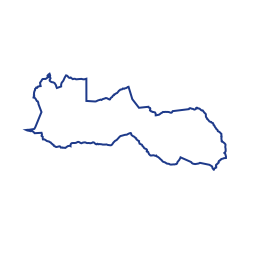 Opatoro, La Paz, Honduras (Mercator projection), rotated 119°
{"feature_id": "27666195B51886309725377", "entity_name": "Opatoro", "entity_type": "district", "adm_level": 2, "iso_a3": "HND", "parent_name": "Honduras", "parent_adm1": "La Paz", "projection": "mercator", "projection_center": [-87.876, 14.039], "detail": "fine", "context": "isolated", "style": "outline", "palette": "blue", "viewbox_px": 256, "rotation_deg": 119, "n_neighbors": 0, "source": "geoboundaries", "source_scale": "gbopen_adm2", "svg_char_len": 5852}
<svg xmlns="http://www.w3.org/2000/svg" viewBox="0 0 256 256"><g transform="rotate(119 128 128)"><path d="M81.4,63.2L80.8,64.7L80.4,65.2L79.8,65.7L78.5,66.4L77.9,67.1L77.6,68.6L76.4,71.2L76.5,71.5L76.8,71.7L76.9,72.0L76.9,72.7L76.4,74.8L76.6,75.5L77.0,76.3L76.7,77.0L76.9,77.7L77.1,77.9L77.4,78.1L78.2,77.9L78.6,77.9L79.6,78.7L79.8,79.2L79.8,80.3L80.3,81.9L80.4,83.0L80.7,83.5L81.3,83.9L82.0,83.9L91.6,97.1L93.1,97.2L93.7,97.6L94.0,98.3L94.2,99.8L94.6,100.9L96.0,103.5L96.5,104.1L97.0,105.2L98.4,105.8L99.4,106.5L100.3,106.8L101.4,107.4L102.5,108.7L103.0,109.2L103.5,109.9L102.0,110.8L101.3,111.9L101.6,113.3L102.0,114.1L102.0,115.0L102.2,115.5L102.2,116.0L101.9,116.6L102.0,117.2L101.9,117.4L100.4,117.8L99.9,118.3L99.8,118.5L100.0,119.7L100.0,120.1L99.9,120.3L99.6,120.5L105.0,128.2L100.7,138.2L91.7,147.5L92.4,148.2L93.3,148.5L93.7,148.8L94.0,149.0L95.0,150.1L95.7,150.5L95.8,151.3L95.9,151.6L97.3,152.1L97.7,152.8L98.3,153.4L99.3,153.6L99.9,154.1L100.8,154.1L102.7,154.5L103.2,155.0L104.7,155.8L105.3,156.3L105.8,156.1L106.1,156.2L106.2,156.5L106.4,156.6L107.4,156.9L108.6,156.9L109.4,157.4L110.5,157.7L111.6,157.6L111.8,157.7L112.0,157.9L112.1,158.4L112.2,161.0L112.5,161.8L112.8,162.2L113.2,162.4L115.1,164.2L116.2,164.7L116.4,164.9L116.3,165.3L116.5,165.8L117.5,166.7L118.4,167.6L120.1,168.8L120.7,169.5L124.5,177.5L105.1,188.3L106.3,189.5L106.8,190.1L107.2,191.0L107.7,192.7L110.4,196.7L110.6,197.1L110.7,198.3L111.0,198.8L111.2,199.2L112.0,199.9L111.9,200.6L111.9,201.6L111.6,202.6L111.8,202.8L112.4,203.2L112.6,204.0L112.5,204.6L112.1,205.5L111.9,206.3L111.8,206.9L112.0,207.7L114.4,207.8L117.9,207.5L118.8,207.6L120.1,207.9L121.0,207.9L122.5,207.5L124.1,206.6L127.5,209.6L126.5,210.9L125.6,211.6L124.3,214.0L124.3,215.4L124.8,216.8L124.9,218.0L124.8,218.8L124.6,219.4L124.4,219.6L124.1,219.8L122.0,219.9L121.8,220.2L121.3,221.0L121.0,221.2L120.0,221.4L119.2,222.2L118.6,222.9L119.9,223.5L121.3,223.8L121.5,223.7L121.6,223.3L121.5,222.3L121.8,222.3L122.2,222.3L123.1,222.9L125.0,223.8L126.4,226.2L126.8,226.5L127.5,226.6L129.0,226.6L130.1,226.8L131.2,226.8L132.2,225.9L133.1,225.5L133.4,224.9L133.7,224.7L133.9,225.0L133.9,225.4L134.2,225.7L135.2,226.3L135.4,226.8L136.0,227.1L136.4,227.0L136.7,226.9L136.9,226.9L137.1,227.1L137.1,227.7L137.2,227.9L137.9,227.9L139.0,228.2L139.8,227.7L140.8,227.7L141.9,227.5L143.1,227.1L144.4,226.3L144.6,226.2L144.9,226.3L145.3,225.9L145.5,225.5L146.4,225.5L146.9,225.6L147.2,225.4L146.9,224.7L146.8,224.4L147.2,223.1L148.6,220.8L148.5,219.8L149.3,218.8L150.4,218.0L156.0,211.4L172.0,209.5L174.1,209.5L174.5,209.8L174.9,210.3L177.4,213.5L178.3,215.0L179.1,216.1L179.0,214.9L178.2,212.5L178.1,211.9L177.9,211.4L177.3,210.8L177.1,210.1L177.3,208.7L177.8,207.1L174.1,201.3L174.9,200.5L175.6,200.0L176.5,199.9L176.8,199.8L176.9,199.6L176.9,198.6L177.0,198.3L178.1,197.8L179.2,196.9L178.8,196.1L178.6,195.9L178.5,195.5L178.5,194.8L178.7,192.6L178.4,191.4L178.1,190.7L178.3,189.7L178.1,188.7L178.6,187.5L178.6,186.8L179.0,185.9L178.9,185.4L178.8,185.0L179.4,184.4L179.5,184.1L179.6,183.6L179.4,182.7L179.5,181.8L179.2,181.2L178.1,180.0L177.4,179.3L177.2,178.9L177.1,178.4L177.6,177.5L177.7,177.1L176.9,176.1L176.9,175.3L176.3,174.6L175.9,173.3L175.6,173.0L174.7,172.7L173.0,171.8L172.1,170.7L171.7,170.0L171.7,169.5L170.8,170.0L170.1,170.2L169.4,170.2L168.6,169.9L167.9,169.0L167.0,167.4L166.2,166.3L164.7,165.3L164.3,164.9L164.2,164.5L164.0,163.7L164.1,162.4L164.0,161.5L163.7,161.1L162.9,160.6L162.2,159.8L161.9,159.4L161.3,158.3L161.1,156.7L160.7,155.9L160.1,155.0L159.7,153.8L159.5,153.4L158.6,152.4L157.6,151.8L157.4,151.5L157.2,150.7L157.6,149.2L157.7,148.4L157.6,147.9L157.4,147.4L156.8,147.3L156.5,146.9L156.5,146.6L156.5,145.9L155.9,145.2L155.0,143.1L154.7,141.9L154.0,140.8L153.8,140.3L152.8,138.8L152.6,137.4L151.7,135.1L151.4,134.6L151.2,134.4L150.2,133.9L147.8,133.7L145.6,133.1L144.0,132.1L142.0,131.6L140.2,131.2L138.7,130.7L137.5,129.4L135.5,127.4L134.4,125.8L132.8,124.8L131.9,124.1L131.2,123.4L131.1,123.2L131.2,122.7L132.2,121.9L132.5,121.2L132.7,119.3L132.6,118.2L133.1,116.6L133.0,115.8L133.1,115.7L133.5,115.6L133.8,115.2L134.1,113.6L134.1,112.0L134.7,111.8L135.4,110.9L135.9,110.5L136.1,110.3L135.9,107.7L136.3,107.1L136.8,106.5L136.9,105.6L137.7,104.2L137.8,103.3L137.6,102.0L137.7,101.2L138.1,100.6L139.1,100.5L139.4,100.3L139.5,100.0L139.2,99.2L139.2,98.7L139.9,98.0L140.7,96.8L141.1,95.3L141.1,95.0L141.0,94.6L139.5,92.5L139.3,91.8L139.1,90.5L138.4,89.9L138.9,89.0L138.8,87.6L139.0,86.6L139.1,85.9L139.5,84.7L139.8,83.0L140.3,81.9L140.5,81.1L140.1,78.6L140.3,77.0L140.1,76.3L139.5,74.8L139.5,73.6L139.2,72.7L137.6,70.3L137.1,69.4L136.7,69.0L136.5,68.9L136.3,68.4L136.1,68.2L135.3,67.9L134.9,67.9L134.2,68.2L133.8,68.2L131.0,67.7L128.8,67.7L128.2,67.8L127.2,56.6L127.2,56.0L127.6,55.4L127.7,54.9L127.7,54.0L127.5,53.2L127.0,51.8L126.4,51.0L124.8,49.0L123.6,48.2L120.7,38.9L120.8,36.3L120.9,35.8L121.1,35.5L121.7,35.1L122.2,34.5L122.5,33.8L122.7,33.2L122.9,32.9L122.9,32.7L122.7,32.6L122.2,32.8L121.3,32.7L120.7,32.2L120.1,32.1L119.9,31.8L119.8,31.7L119.0,32.1L118.7,32.7L117.4,33.1L117.0,32.9L116.7,32.6L116.0,32.6L115.8,32.5L115.6,32.3L114.8,32.2L114.6,32.0L114.3,31.9L114.0,32.0L113.4,32.5L112.9,32.5L111.6,31.9L111.5,31.7L110.6,31.6L110.3,31.3L109.9,31.3L108.4,29.8L107.9,29.5L106.8,27.8L105.7,28.3L103.7,30.1L103.4,30.6L103.3,31.5L103.1,31.7L102.0,31.3L100.8,31.4L98.8,32.6L97.5,33.7L96.0,34.3L95.1,34.8L94.9,35.2L94.5,36.4L94.2,38.2L94.4,39.3L94.3,39.6L94.0,39.7L93.6,39.7L93.4,40.1L93.2,40.4L92.6,40.7L91.8,41.3L90.5,41.8L90.3,41.9L90.4,42.2L90.2,42.4L89.3,42.6L87.8,43.6L87.8,44.1L87.3,45.2L87.1,47.0L87.2,47.5L87.2,47.9L86.2,49.0L86.1,50.2L85.8,50.6L85.4,51.3L85.1,52.1L84.6,53.0L84.1,53.5L84.1,53.8L83.8,54.2L83.8,54.7L83.3,55.0L82.9,55.8L82.5,56.2L82.8,57.7L82.4,58.2L82.6,58.8L82.8,59.9L81.8,62.4L81.8,63.0L81.4,63.2Z" fill="none" stroke="#1e3a8a" stroke-width="2"/></g></svg>